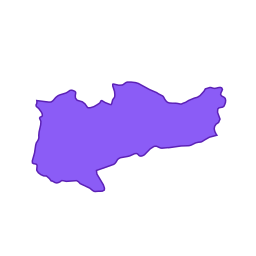 the Administrative Zone of Sagarmatha, rotated 73°
{"feature_id": "NPL-1133", "entity_name": "Sagarmatha", "entity_type": "Administrative Zone", "adm_level": 1, "iso_a3": "NPL", "parent_name": "Nepal", "parent_adm1": "", "projection": "robinson", "projection_center": [86.603, 27.261], "detail": "fine", "context": "isolated", "style": "filled", "palette": "violet", "viewbox_px": 256, "rotation_deg": 73, "n_neighbors": 0, "source": "natural_earth", "source_scale": "10m", "svg_char_len": 2743}
<svg xmlns="http://www.w3.org/2000/svg" viewBox="0 0 256 256"><g transform="rotate(73 128 128)"><path d="M128.1,26.4L130.0,26.5L132.0,27.3L133.8,28.6L135.3,30.0L135.7,31.4L135.3,35.0L136.1,36.6L139.2,37.8L146.4,37.4L149.2,39.8L150.1,42.7L151.8,44.7L154.0,45.8L156.6,46.0L159.7,45.5L160.9,45.1L160.9,45.3L160.6,52.8L161.8,58.2L162.5,60.7L162.7,61.8L162.7,62.5L162.2,64.8L162.0,67.6L162.8,72.6L162.8,74.2L162.6,75.4L160.7,82.5L158.8,94.6L158.3,96.2L157.3,101.0L156.9,102.3L155.8,103.8L153.9,105.9L153.6,106.6L153.2,108.4L154.4,112.8L158.4,120.1L158.8,122.1L158.7,123.7L158.4,124.5L157.9,125.2L157.1,125.7L156.2,126.1L155.4,126.6L154.9,127.3L154.5,129.1L155.2,134.5L155.1,136.6L154.2,143.9L154.5,145.7L155.1,147.2L157.1,149.4L158.1,150.9L158.6,152.3L159.4,170.6L162.9,171.2L175.1,168.2L178.7,168.1L180.4,168.8L180.9,170.9L180.3,173.4L180.0,174.2L179.4,176.7L179.3,177.5L178.7,178.9L177.3,180.2L174.4,182.1L167.2,190.0L164.9,191.1L163.3,192.6L161.0,202.6L159.5,205.3L158.9,206.8L159.3,208.0L159.6,208.8L159.8,210.1L159.8,211.5L159.6,212.5L158.8,213.8L156.5,216.0L156.2,216.9L153.3,218.0L150.1,220.0L149.1,222.7L147.1,225.0L144.6,226.8L142.0,227.6L141.0,227.4L137.4,225.9L136.0,226.1L135.2,227.3L134.5,228.7L133.5,229.6L131.6,229.2L124.4,224.6L117.4,221.3L115.4,220.0L114.0,218.3L112.6,216.9L111.0,216.0L109.0,215.5L105.8,214.2L99.5,210.6L96.4,209.4L95.5,209.4L93.3,209.7L92.6,209.6L91.9,208.8L91.8,207.1L91.1,206.3L89.3,205.9L87.1,206.3L83.2,207.7L80.9,209.2L80.2,209.4L79.1,209.2L78.5,208.7L78.0,208.2L77.3,207.8L75.8,207.3L75.1,207.2L75.3,206.8L80.1,196.1L80.4,195.0L80.6,193.9L80.2,192.4L79.7,191.3L77.8,188.4L77.2,187.0L76.7,185.6L76.5,184.4L76.4,183.2L76.4,177.2L76.1,175.6L75.3,173.1L75.1,172.4L75.2,171.6L75.4,170.8L75.9,169.9L77.3,168.2L78.2,167.7L79.1,167.7L81.8,169.0L83.2,169.3L84.1,169.5L86.6,168.5L89.6,164.0L92.3,162.1L96.6,160.7L97.2,159.7L97.6,157.9L97.6,154.4L96.8,150.9L95.9,147.9L95.4,147.2L95.0,146.7L94.4,146.3L94.1,145.7L94.1,145.0L96.9,142.5L100.1,138.5L100.7,137.4L100.4,137.0L100.0,136.5L96.7,134.5L96.3,134.0L95.5,133.1L94.9,132.1L94.0,131.5L92.5,130.9L89.1,130.2L83.4,130.3L81.7,129.8L81.7,129.0L84.4,124.3L84.9,122.3L85.2,120.8L85.0,119.8L84.1,117.2L83.9,116.3L83.9,115.3L84.2,114.3L85.0,111.6L86.8,107.5L88.4,105.1L97.5,96.2L102.6,90.2L104.1,89.0L107.5,85.5L108.2,85.1L109.2,84.8L111.4,84.4L113.8,83.5L115.1,82.6L116.2,81.0L117.2,78.5L118.3,75.0L119.1,73.2L119.8,72.0L120.3,71.1L120.7,69.9L120.4,67.9L120.3,65.4L119.4,62.0L118.8,55.9L118.9,52.7L118.1,49.6L115.1,44.6L113.2,42.6L113.2,39.8L113.2,37.7L113.8,36.4L114.7,35.2L115.5,33.5L115.7,31.7L115.8,29.8L116.1,28.0L117.0,26.7L118.7,26.4L120.0,27.4L121.5,28.8L123.0,29.6L124.6,29.2L126.8,27.1L128.1,26.4Z" fill="#8b5cf6" stroke="#5b21b6" stroke-width="1.5"/></g></svg>